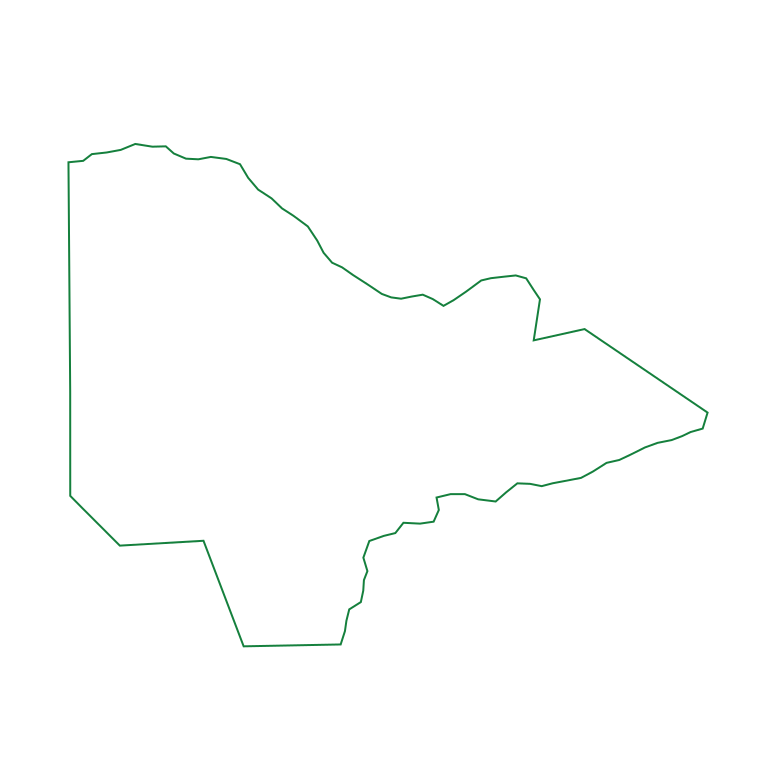 the district of São Bentinho, Paraíba, Brazil, rotated 266°
{"feature_id": "56859067B58032123242731", "entity_name": "São Bentinho", "entity_type": "district", "adm_level": 2, "iso_a3": "BRA", "parent_name": "Brazil", "parent_adm1": "Paraíba", "projection": "albers", "projection_center": [-37.703, -6.898], "detail": "fine", "context": "isolated", "style": "outline", "palette": "green", "viewbox_px": 768, "rotation_deg": 266, "n_neighbors": 0, "source": "geoboundaries", "source_scale": "gbopen_adm2", "svg_char_len": 1241}
<svg xmlns="http://www.w3.org/2000/svg" viewBox="0 0 768 768"><g transform="rotate(266 384 384)"><path d="M424.8,587.9L417.1,536.4L457.6,545.5L467.5,539.8L479.5,533.2L483.1,523.0L482.7,511.7L482.1,498.0L480.5,488.2L470.4,472.3L462.9,459.5L457.8,448.8L465.3,438.6L470.4,428.9L469.3,417.7L467.9,407.0L469.9,397.2L474.0,388.1L484.7,374.3L495.1,360.4L503.3,350.3L508.6,340.7L519.1,332.9L531.7,327.4L546.5,319.0L558.2,305.3L566.3,294.5L577.0,284.8L586.7,272.0L599.1,262.9L613.3,255.7L619.5,242.4L622.6,227.1L621.1,214.5L622.6,202.2L628.6,190.4L636.3,182.9L636.9,169.5L640.8,152.6L635.9,137.7L634.3,123.5L633.7,108.6L627.6,99.5L627.2,84.7L397.9,70.4L294.3,63.2L281.7,74.0L241.2,109.2L240.2,193.0L132.1,225.7L127.2,322.6L140.2,327.8L150.5,330.0L161.6,333.6L168.1,345.7L179.3,348.9L189.8,350.3L198.5,354.4L212.2,351.3L228.4,358.4L232.5,373.2L234.5,384.9L244.2,393.7L242.2,410.2L243.2,423.9L254.5,429.9L267.1,428.5L269.5,442.8L268.5,457.0L262.4,469.9L259.0,487.2L267.5,498.4L275.6,510.1L274.2,522.8L271.1,534.2L273.2,545.3L274.6,557.3L276.6,574.0L282.1,586.3L289.8,600.5L291.8,613.4L296.4,625.2L302.5,639.9L306.2,652.8L308.0,667.0L311.2,677.7L314.7,686.5L317.3,698.8L332.9,704.8L424.8,587.9Z" fill="none" stroke="#15803d" stroke-width="2"/></g></svg>